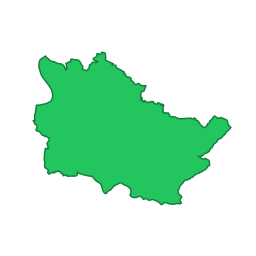 the district of Duc Tho, Ha Tinh, Vietnam, rotated 282°
{"feature_id": "81297802B16083563480391", "entity_name": "Duc Tho", "entity_type": "district", "adm_level": 2, "iso_a3": "VNM", "parent_name": "Vietnam", "parent_adm1": "Ha Tinh", "projection": "robinson", "projection_center": [105.62, 18.488], "detail": "fine", "context": "isolated", "style": "filled", "palette": "green", "viewbox_px": 256, "rotation_deg": 282, "n_neighbors": 0, "source": "geoboundaries", "source_scale": "gbopen_adm2", "svg_char_len": 5809}
<svg xmlns="http://www.w3.org/2000/svg" viewBox="0 0 256 256"><g transform="rotate(282 128 128)"><path d="M186.7,103.2L186.6,100.6L186.8,99.3L187.6,99.8L187.9,99.9L188.4,97.1L189.6,91.9L189.9,91.8L191.3,91.7L192.7,91.4L196.4,90.2L196.6,89.6L196.8,86.8L194.9,86.2L194.3,85.8L194.5,83.7L194.4,82.7L194.2,82.3L192.0,82.4L191.3,82.2L189.9,81.0L189.0,79.8L188.8,79.6L187.5,80.4L187.2,80.6L187.0,81.3L187.0,83.9L186.3,84.6L185.9,84.5L185.3,82.4L184.9,79.6L184.8,79.4L182.6,78.5L182.1,77.7L181.7,77.4L181.1,77.3L178.7,77.5L177.9,77.4L177.2,76.7L175.7,75.7L175.4,75.4L175.4,74.7L175.9,72.8L175.8,71.6L176.0,71.3L176.4,71.1L178.4,71.1L179.2,70.5L180.2,69.4L182.8,67.2L183.9,65.7L184.1,65.1L183.9,63.2L183.7,62.3L183.7,59.4L183.4,57.8L181.3,58.3L181.0,57.6L180.4,56.5L179.8,56.0L179.1,55.6L179.2,55.0L178.4,54.3L178.2,53.9L177.1,54.5L173.3,55.8L172.7,55.8L171.9,54.9L174.9,52.9L176.2,51.2L176.6,50.0L176.8,49.1L176.5,45.5L177.4,42.6L177.4,38.9L177.7,38.0L178.5,36.6L179.9,34.1L181.2,32.4L177.8,29.0L176.2,27.8L173.9,27.5L169.1,28.1L162.1,32.0L160.2,33.6L153.5,41.4L149.8,45.1L146.5,46.8L144.1,47.6L142.1,47.8L139.2,47.4L137.3,46.1L135.2,43.5L132.1,37.0L131.2,33.7L122.5,34.3L121.8,33.9L117.2,35.0L115.5,35.2L115.8,34.1L115.5,33.8L114.3,34.8L113.8,35.5L113.1,35.8L112.3,36.3L112.2,36.9L112.2,37.9L111.1,38.3L110.1,39.0L109.8,39.0L108.8,38.7L106.6,38.5L105.7,42.9L105.2,43.8L104.3,44.1L103.1,45.9L103.1,47.6L102.4,48.4L102.9,48.7L102.7,50.2L102.3,51.0L102.0,52.3L101.4,52.7L101.0,53.3L99.8,53.4L98.7,53.0L97.3,52.3L96.0,52.0L95.6,52.1L94.7,52.7L93.7,53.2L92.9,54.0L92.4,53.7L91.0,54.0L90.8,51.4L85.3,51.8L79.9,52.6L79.2,52.8L76.7,53.9L74.5,54.2L73.8,54.2L71.9,55.1L71.0,57.7L70.5,58.4L70.1,58.5L69.7,59.0L68.2,58.6L67.9,58.7L66.9,59.5L66.5,60.3L67.2,61.5L67.9,61.9L68.5,62.5L68.7,63.3L68.7,63.7L68.4,64.3L69.4,65.8L70.3,66.2L70.4,67.1L71.0,67.9L70.9,68.9L71.3,69.5L71.3,70.1L69.7,72.1L69.5,74.0L69.0,74.2L68.3,74.2L67.9,74.5L68.3,75.5L69.4,77.5L68.2,78.4L70.0,86.3L70.4,87.2L70.9,87.7L71.3,87.9L72.2,88.1L73.0,88.0L73.9,87.7L73.4,89.9L73.1,93.6L72.9,97.2L73.0,100.7L73.2,102.6L72.8,103.6L69.5,107.9L68.6,110.9L67.7,112.6L66.8,113.6L61.4,116.6L60.0,117.9L59.3,119.1L59.2,119.5L59.4,120.2L59.8,120.5L62.1,121.6L63.8,123.7L68.3,126.4L69.9,128.2L72.7,131.6L72.8,132.1L72.8,132.7L71.6,136.1L71.1,139.2L70.0,141.3L68.9,143.1L67.7,143.8L65.0,144.4L64.5,144.4L63.6,143.9L63.1,143.9L62.3,144.4L62.0,144.9L61.4,146.3L61.2,147.8L61.3,149.0L61.8,150.4L62.4,151.6L63.2,152.3L63.5,152.9L63.5,154.8L63.2,155.8L62.9,156.3L61.7,157.5L61.5,157.9L61.6,158.3L62.7,159.9L62.8,160.2L61.8,162.8L61.7,163.9L62.4,165.3L63.1,166.4L63.1,168.0L62.9,169.6L62.1,172.9L61.4,174.3L60.1,176.1L60.0,176.7L60.9,177.9L61.6,178.2L62.0,178.5L62.6,179.4L62.8,179.9L62.9,180.9L62.5,182.9L62.4,185.3L63.2,189.2L64.1,191.0L64.5,192.4L64.7,193.1L64.5,194.1L64.7,194.6L65.3,195.4L65.6,195.6L66.2,195.5L67.7,194.1L68.3,193.7L69.3,193.9L71.4,194.9L72.0,194.8L72.8,193.9L73.1,192.7L73.7,191.8L75.6,190.4L76.5,190.1L77.4,190.1L79.3,190.7L80.7,190.6L82.4,191.1L86.0,193.3L87.3,193.6L88.5,194.6L88.9,195.1L89.5,196.7L90.5,197.8L91.3,199.2L92.2,199.7L93.3,201.3L94.6,202.3L95.2,202.6L97.1,204.3L98.1,205.8L98.7,207.1L99.8,207.7L100.1,208.5L100.7,209.4L101.8,210.4L102.6,211.0L103.4,212.4L104.2,212.6L105.3,213.5L107.2,214.0L107.7,214.9L108.3,215.5L109.0,215.6L110.0,215.1L112.4,214.4L113.1,213.9L113.6,212.7L113.8,211.5L114.2,210.3L114.2,209.5L112.8,207.8L114.3,204.6L114.9,203.0L115.3,204.9L116.0,206.0L116.8,206.8L118.2,207.8L119.1,208.2L119.2,209.0L120.0,210.2L120.8,211.1L121.6,211.4L121.9,212.3L123.2,212.4L124.3,212.8L125.2,213.3L126.2,214.2L127.1,214.2L127.7,214.4L128.2,214.9L128.9,215.0L130.0,215.3L132.9,217.7L133.6,217.9L134.4,217.9L134.7,218.3L136.0,218.9L136.2,219.2L136.7,220.3L138.0,221.5L140.3,222.8L142.4,224.5L143.8,224.6L144.7,225.1L146.5,226.6L149.8,228.5L150.9,226.9L151.7,225.9L153.1,224.8L155.3,223.9L156.1,223.2L156.3,222.7L156.6,222.1L157.5,217.0L157.5,216.6L156.5,215.0L156.3,213.8L157.4,211.1L157.7,210.1L156.2,209.1L152.9,207.7L152.2,206.7L151.4,206.4L150.6,206.7L150.1,206.6L149.7,206.4L149.0,205.3L148.7,205.1L145.6,204.2L144.9,203.5L144.4,201.8L144.5,201.1L145.3,200.2L145.5,199.6L146.1,198.4L148.4,196.2L149.7,194.4L149.7,194.2L149.8,193.4L149.7,192.9L149.9,192.4L150.1,192.1L150.4,192.1L150.7,192.4L151.0,192.2L151.6,190.9L151.0,190.4L150.8,189.8L150.0,188.9L150.1,188.4L150.6,187.7L150.6,187.1L147.9,177.4L147.8,174.7L148.6,171.9L148.4,171.2L148.5,170.4L148.2,170.0L148.3,169.7L148.0,167.1L148.3,166.7L149.2,166.0L149.9,165.3L150.6,165.0L150.8,164.3L151.2,163.9L150.8,163.4L150.6,162.4L150.4,162.2L150.5,161.4L149.9,160.9L150.5,160.3L150.5,159.3L150.8,158.5L151.1,158.5L151.7,158.9L152.1,158.5L152.7,158.7L153.9,158.5L154.6,157.9L156.3,158.2L156.9,157.7L157.2,158.1L157.5,158.2L158.0,157.8L158.0,157.2L158.5,156.3L158.5,156.0L158.3,155.9L158.0,156.1L157.7,156.7L157.4,156.6L157.4,155.2L158.4,154.4L158.7,153.8L158.8,152.1L158.7,151.8L157.8,151.9L157.5,151.6L157.2,150.9L157.2,150.0L157.7,149.3L158.1,147.6L158.4,147.3L159.1,147.4L159.2,147.2L158.6,146.4L158.7,145.3L158.2,144.7L157.9,143.5L157.3,143.2L157.0,142.6L157.3,141.8L157.2,140.9L157.6,140.1L158.2,138.4L157.7,138.1L157.2,138.5L156.6,138.0L156.8,137.5L157.8,136.7L158.0,134.9L158.7,134.4L159.0,134.4L159.2,134.7L159.1,135.5L159.3,135.7L159.7,135.8L160.8,134.9L160.9,134.6L160.8,134.0L161.0,133.8L163.2,133.7L165.9,133.4L166.5,133.9L166.8,134.9L167.8,136.1L168.3,135.9L170.4,136.4L173.0,136.7L173.0,136.0L172.8,135.3L172.3,132.3L172.4,131.8L173.4,130.0L173.7,129.0L173.5,128.4L172.4,127.2L172.2,126.8L172.4,125.1L173.7,124.2L174.2,123.5L175.2,121.2L176.8,120.8L177.5,120.3L178.0,118.5L177.9,116.6L178.4,114.7L180.0,114.5L180.1,114.3L180.1,112.8L181.8,112.8L183.5,108.2L184.1,105.3L185.0,103.8L185.4,103.5L186.7,103.2Z" fill="#22c55e" stroke="#15803d" stroke-width="1.5"/></g></svg>